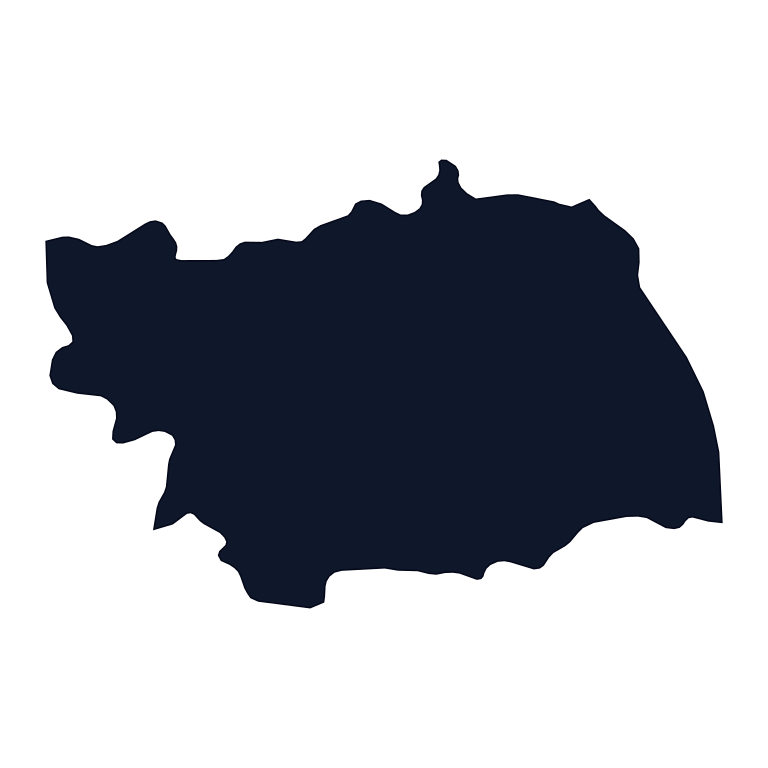 the County of Bacau
{"feature_id": "ROU-312", "entity_name": "Bacau", "entity_type": "County", "adm_level": 1, "iso_a3": "ROU", "parent_name": "Romania", "parent_adm1": "", "projection": "robinson", "projection_center": [26.661, 46.412], "detail": "fine", "context": "isolated", "style": "filled", "palette": "ink", "viewbox_px": 768, "rotation_deg": 0, "n_neighbors": 0, "source": "natural_earth", "source_scale": "10m", "svg_char_len": 2416}
<svg xmlns="http://www.w3.org/2000/svg" viewBox="0 0 768 768"><path d="M258.3,601.0L250.8,597.6L247.8,593.2L245.0,588.1L240.9,576.3L238.5,571.3L234.7,567.5L229.8,564.2L221.3,560.4L218.6,555.4L219.8,551.5L226.1,545.4L227.0,541.7L224.8,537.1L220.4,532.5L203.9,523.4L200.3,520.6L194.3,514.1L190.7,512.5L186.8,513.1L172.5,523.8L153.9,529.3L157.3,508.3L159.2,502.3L164.7,492.5L166.6,486.9L168.8,464.3L169.8,459.3L175.8,444.9L175.3,439.8L172.5,435.1L164.9,431.2L158.7,430.3L152.1,431.2L134.5,439.6L123.0,442.8L116.6,442.6L112.8,439.0L113.2,431.4L116.8,418.2L116.5,411.7L114.0,405.4L107.3,398.9L100.9,395.6L77.4,393.0L59.0,388.6L52.8,383.4L50.1,375.5L52.6,359.9L56.3,352.4L62.5,347.7L68.8,345.8L73.1,341.9L72.7,335.6L67.0,325.3L60.5,317.0L54.9,307.8L47.4,282.7L46.1,241.4L62.4,237.4L68.7,237.2L78.8,239.5L91.6,245.8L97.5,247.0L106.2,245.7L117.7,241.5L145.3,224.2L150.2,221.9L155.5,221.1L162.1,223.2L165.1,226.2L170.0,234.9L173.0,238.9L175.5,242.8L176.6,246.7L176.4,250.7L175.3,254.5L174.8,257.5L175.9,259.7L181.1,260.8L216.4,260.7L224.2,259.7L228.6,256.5L232.7,252.1L236.2,247.2L240.2,244.0L245.0,242.4L262.0,242.6L277.9,239.4L296.2,242.4L301.9,241.9L305.7,238.9L314.4,229.4L320.7,225.8L348.2,215.9L351.8,211.9L355.7,204.1L361.1,201.3L369.6,200.6L381.4,204.2L395.1,212.7L400.6,215.3L407.7,215.3L414.9,212.6L419.9,208.9L422.4,204.6L422.7,200.2L421.6,195.5L422.0,191.1L424.2,187.6L436.2,179.1L438.9,175.1L440.0,170.5L439.7,166.3L439.1,162.2L441.5,160.3L446.3,160.5L455.3,166.4L457.9,170.9L458.4,175.1L457.5,178.6L457.9,182.5L460.7,188.0L466.7,193.8L475.7,199.3L507.2,195.1L518.0,195.0L554.1,202.1L558.8,204.3L571.6,207.3L589.2,199.7L595.5,206.7L598.2,210.4L604.3,216.1L624.7,230.7L633.2,238.9L638.6,248.7L638.9,262.4L637.4,275.1L639.5,287.6L686.3,357.5L703.1,391.8L713.4,426.2L718.6,452.1L721.9,522.4L708.3,520.9L692.6,516.8L688.4,517.5L685.0,520.8L682.7,524.2L679.3,527.2L674.2,528.4L665.9,527.4L646.8,517.3L638.0,515.9L626.5,516.2L593.5,522.2L582.4,527.5L577.5,532.4L569.8,541.6L565.0,545.5L552.9,552.5L548.7,557.0L543.3,565.2L539.5,567.9L533.9,568.7L510.5,561.6L504.4,560.5L497.5,561.1L490.0,564.4L486.0,568.2L483.8,572.6L482.8,576.2L480.9,578.4L476.9,579.1L459.6,572.9L452.7,572.0L445.0,572.3L436.3,574.0L428.8,573.3L417.7,570.5L398.2,570.0L384.8,567.8L341.5,570.1L334.2,572.0L329.0,576.2L326.1,581.0L324.9,585.9L324.3,596.7L323.6,602.0L310.1,607.7L258.3,601.0Z" fill="#0f172a" stroke="#020617" stroke-width="1.5"/></svg>